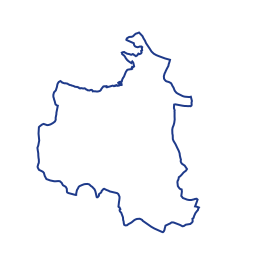 the district of Sinuras, Al Fayyum, Egypt, rotated 13°
{"feature_id": "37247803B57049820860179", "entity_name": "Sinuras", "entity_type": "district", "adm_level": 2, "iso_a3": "EGY", "parent_name": "Egypt", "parent_adm1": "Al Fayyum", "projection": "orthographic", "projection_center": [30.822, 29.442], "detail": "fine", "context": "isolated", "style": "outline", "palette": "blue", "viewbox_px": 256, "rotation_deg": 13, "n_neighbors": 0, "source": "geoboundaries", "source_scale": "gbopen_adm2", "svg_char_len": 5749}
<svg xmlns="http://www.w3.org/2000/svg" viewBox="0 0 256 256"><g transform="rotate(13 128 128)"><path d="M92.6,204.8L92.3,204.1L92.2,200.3L92.4,199.4L92.8,198.3L93.2,196.5L93.8,195.6L96.2,193.8L97.7,192.8L98.8,192.3L101.2,191.6L103.0,191.7L104.8,192.8L106.4,193.4L108.0,194.5L109.2,195.3L110.3,196.8L111.0,198.1L113.0,202.3L113.4,202.5L114.0,202.3L114.9,200.5L114.6,199.1L115.0,198.5L116.3,196.9L116.5,196.0L116.5,195.3L117.8,193.0L118.4,192.6L120.9,193.2L123.1,193.5L124.5,193.9L126.0,193.9L132.0,193.9L133.4,194.5L135.2,196.9L135.5,198.2L135.8,200.9L135.8,201.5L136.4,206.8L137.1,207.3L137.6,207.3L138.8,208.8L138.3,209.4L138.4,210.3L139.1,211.2L140.4,212.0L143.2,216.2L144.0,218.8L144.7,219.9L145.0,220.8L145.4,221.9L146.1,223.2L147.3,223.5L148.6,223.1L149.0,222.9L150.1,221.5L151.2,220.6L152.7,219.2L155.0,216.2L156.1,215.3L157.2,214.6L159.8,213.8L161.0,214.0L162.5,214.4L163.2,215.1L170.2,217.9L172.9,219.0L176.3,220.0L180.8,220.9L185.0,221.7L185.5,221.6L186.1,220.7L186.5,218.9L186.4,218.1L186.5,214.7L190.0,211.9L190.4,211.7L191.3,210.6L191.9,210.1L193.7,209.8L200.2,210.7L201.8,211.1L203.1,211.5L204.4,211.0L206.1,209.2L210.3,207.5L211.8,205.4L212.0,204.3L211.2,201.9L211.7,201.5L212.1,200.8L212.2,199.0L212.6,197.0L212.8,195.9L214.0,193.2L214.5,192.5L214.6,191.4L214.6,190.7L215.0,189.5L214.4,189.4L213.7,189.4L212.4,189.2L211.0,189.3L211.7,184.1L211.9,182.1L210.8,181.5L209.4,182.0L208.3,182.7L205.9,183.9L203.7,184.4L201.7,184.5L199.1,184.1L197.3,183.9L195.2,182.2L194.9,178.7L194.8,177.8L194.1,175.8L193.0,175.7L192.1,175.5L190.7,174.4L189.6,173.3L188.3,169.6L188.3,168.0L188.5,167.8L188.7,166.5L188.6,164.5L189.7,163.3L190.9,161.3L191.6,159.9L192.2,158.8L194.1,156.5L194.7,154.7L191.7,151.9L188.6,150.7L187.6,149.8L186.9,148.8L186.7,147.7L186.7,147.0L185.7,145.2L184.7,143.1L184.0,141.1L182.6,138.9L180.0,135.7L178.6,133.9L177.5,132.6L175.4,130.5L174.2,128.8L173.2,125.0L172.5,123.5L171.5,119.7L171.4,117.5L171.8,115.1L171.9,112.6L171.6,109.3L170.8,106.4L169.8,102.0L169.5,101.2L169.5,100.3L168.3,98.3L168.0,96.8L167.7,94.8L168.8,94.3L176.2,94.0L178.4,93.8L179.7,93.5L181.7,93.2L183.4,92.7L184.1,92.7L184.8,91.8L184.7,90.7L184.2,89.1L184.2,87.3L182.2,83.4L181.6,83.7L180.7,84.1L179.8,84.2L176.3,84.7L175.4,84.7L174.1,84.6L169.1,83.4L167.3,82.8L165.3,81.3L164.6,80.4L163.2,78.3L162.2,77.4L160.4,75.2L159.7,74.6L157.5,74.0L155.2,73.9L154.3,73.7L153.0,72.8L152.0,71.8L151.8,71.1L151.5,70.2L151.3,69.6L151.3,69.1L151.4,66.7L151.8,65.1L152.0,63.8L152.6,61.3L153.4,58.4L153.3,56.8L153.5,54.8L153.6,53.3L153.6,52.1L148.5,51.9L141.5,51.0L139.1,50.6L136.4,49.8L133.7,48.2L131.3,45.8L126.5,41.3L124.9,39.1L123.0,37.2L122.3,36.3L121.4,35.2L117.3,32.5L115.6,33.7L114.7,34.1L113.6,35.3L112.4,37.3L111.9,37.8L110.6,38.5L109.5,38.7L108.4,39.2L108.0,39.7L107.1,40.4L106.7,41.3L106.5,42.2L106.7,42.6L114.6,44.1L115.1,45.4L115.6,46.1L116.3,46.7L116.7,46.9L117.6,47.1L119.4,47.1L119.8,46.8L120.5,46.4L121.3,45.9L121.8,45.9L122.4,45.6L122.9,45.6L123.6,46.0L123.4,46.5L123.6,46.7L123.6,47.4L123.9,48.0L124.1,48.5L124.3,49.1L123.9,49.6L123.5,49.8L123.7,50.5L124.2,51.1L124.2,51.6L124.0,52.3L122.7,53.4L122.0,53.4L121.4,53.2L120.8,54.6L120.8,55.0L120.1,55.7L119.7,55.9L119.5,56.2L119.0,56.0L118.8,55.8L118.3,55.8L117.7,55.6L117.0,55.1L116.5,54.9L115.7,55.0L115.2,55.7L114.6,55.9L113.7,55.9L113.2,55.7L110.3,55.8L108.3,55.2L107.9,55.2L107.2,54.8L105.9,55.3L105.7,55.5L105.2,55.8L105.0,56.0L105.5,56.6L105.7,57.3L106.2,57.5L106.9,57.9L107.3,58.1L108.0,58.3L109.8,60.0L110.1,60.5L110.5,60.9L111.0,61.1L111.9,62.0L112.6,62.2L113.0,62.6L116.6,64.0L117.0,62.7L117.2,62.2L117.9,62.7L118.1,62.9L118.6,63.5L120.1,66.6L119.6,67.3L119.0,67.5L118.3,67.5L118.1,68.2L118.1,68.7L118.6,68.9L118.8,69.3L118.4,69.8L117.3,70.2L116.8,70.3L116.0,70.7L115.1,71.0L114.7,71.2L114.0,71.9L113.8,72.6L113.4,73.5L113.2,74.4L112.7,77.5L112.7,77.9L112.3,79.5L111.9,80.2L111.9,80.6L111.7,81.1L111.5,82.0L111.5,83.5L111.5,84.3L110.9,85.1L110.2,84.9L110.0,84.7L109.1,85.2L108.9,85.6L108.5,85.9L108.3,86.1L108.7,86.7L110.1,86.2L111.2,86.2L111.9,86.6L112.1,87.5L111.4,87.8L111.0,87.8L110.3,88.0L109.7,88.7L109.0,88.9L108.6,89.2L108.2,89.2L107.8,89.3L107.2,88.8L106.2,89.3L105.9,89.5L106.0,89.9L104.9,90.4L104.6,90.2L103.5,90.2L100.5,91.9L99.4,92.4L99.2,92.6L98.2,93.1L97.8,93.1L97.4,92.7L98.0,92.2L97.8,92.0L97.1,92.2L96.7,92.5L96.0,92.5L95.2,93.0L94.7,93.0L94.1,94.1L93.1,96.4L93.1,96.8L92.9,97.3L92.5,97.9L92.2,98.2L91.1,98.9L89.8,99.4L88.5,99.6L87.8,99.6L86.7,99.9L86.1,99.9L85.4,100.2L84.9,99.5L84.3,99.1L83.6,99.1L82.9,99.4L82.5,99.8L82.1,100.1L81.4,100.1L80.7,100.3L80.1,100.3L79.8,100.1L79.2,99.9L78.7,99.9L78.5,99.7L77.8,99.5L77.4,99.3L77.1,99.1L76.7,99.1L76.0,99.4L75.6,99.6L73.2,99.7L72.9,99.9L72.5,100.2L71.8,100.2L71.2,100.0L70.7,99.5L70.0,99.6L69.1,99.4L68.5,99.6L66.7,99.7L66.3,99.5L65.1,99.3L63.6,99.3L62.9,99.1L61.6,99.2L61.1,99.0L60.7,99.0L60.0,98.8L59.1,98.4L56.9,98.5L56.4,98.7L55.1,98.7L54.2,98.5L53.8,98.6L53.3,98.3L52.6,97.9L52.2,97.7L51.5,97.5L51.1,98.0L50.2,98.7L49.6,100.2L49.4,101.4L49.5,104.0L49.2,107.6L47.9,109.9L47.8,112.5L48.3,114.5L49.0,115.6L49.5,116.7L50.7,118.6L51.2,119.7L52.1,121.3L53.9,122.1L54.6,122.1L54.8,129.2L55.1,130.7L55.2,134.3L55.7,136.2L55.4,138.0L54.7,138.9L53.7,140.1L51.7,141.9L50.0,142.9L48.6,143.4L44.9,143.0L43.8,143.7L43.1,144.4L41.4,146.5L41.0,147.2L42.1,153.6L44.3,160.2L44.5,165.3L44.2,167.7L45.4,170.8L45.6,171.2L46.3,173.0L46.8,175.0L47.6,177.4L48.1,178.5L48.8,181.1L48.9,182.4L48.7,183.1L48.6,186.0L49.0,186.9L50.7,188.8L53.4,189.4L54.9,189.8L56.1,190.6L57.7,193.5L60.0,196.1L64.1,196.6L68.1,196.5L69.4,196.2L72.0,195.4L73.6,195.2L75.8,196.4L76.3,197.1L77.5,198.4L80.2,199.2L80.6,199.4L82.0,200.9L82.8,203.7L83.2,204.4L84.6,204.8L88.1,204.9L90.8,205.0L92.4,205.0L92.6,204.8Z" fill="none" stroke="#1e3a8a" stroke-width="2"/></g></svg>